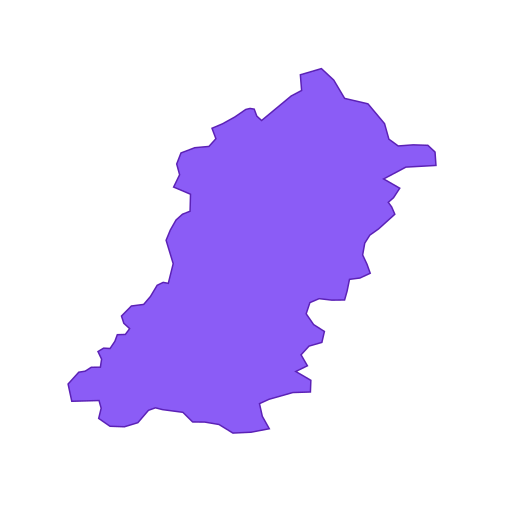 map outline of Shumen (Equal Earth projection), rotated 12°
{"feature_id": "BGR-2258", "entity_name": "Shumen", "entity_type": "Province", "adm_level": 1, "iso_a3": "BGR", "parent_name": "Bulgaria", "parent_adm1": "", "projection": "equal_earth", "projection_center": [26.96, 43.305], "detail": "fine", "context": "isolated", "style": "filled", "palette": "violet", "viewbox_px": 512, "rotation_deg": 12, "n_neighbors": 0, "source": "natural_earth", "source_scale": "10m", "svg_char_len": 1469}
<svg xmlns="http://www.w3.org/2000/svg" viewBox="0 0 512 512"><g transform="rotate(12 256 256)"><path d="M106.0,436.4L98.8,420.3L106.8,406.5L112.8,404.2L118.0,399.1L126.9,397.1L126.4,389.0L121.3,382.3L126.1,377.8L132.5,376.8L135.7,368.8L136.7,361.8L144.5,359.9L147.5,353.3L140.7,349.3L136.9,342.7L144.5,330.8L156.2,326.7L161.2,317.5L165.4,305.2L170.7,301.1L175.9,301.0L176.6,280.7L164.8,259.3L166.8,248.4L170.3,237.4L175.4,230.4L182.2,225.9L179.1,209.2L161.1,205.7L164.4,192.4L159.3,182.5L161.2,170.8L173.6,162.8L187.2,158.6L192.4,149.6L186.4,140.2L195.7,133.7L206.4,124.4L215.5,114.8L219.5,112.9L223.7,112.7L227.7,119.0L233.3,122.3L257.2,92.1L266.2,84.6L261.7,69.5L281.0,59.1L295.5,67.8L309.9,83.4L333.9,83.9L354.2,99.8L361.7,114.1L372.2,118.8L386.6,114.6L401.1,112.0L409.5,117.1L413.2,130.0L384.1,137.9L364.8,154.1L382.5,159.8L378.4,170.4L374.2,176.0L378.5,179.8L383.1,186.3L370.2,204.1L363.0,211.9L359.7,220.8L360.1,232.8L366.3,241.0L371.3,249.1L362.3,255.9L352.3,259.4L352.4,271.3L351.8,280.6L339.3,283.4L326.6,284.6L318.4,290.4L317.1,302.1L326.6,311.1L338.6,315.6L338.4,326.8L326.6,333.1L320.6,343.3L329.1,352.7L318.9,360.7L335.5,366.2L337.5,377.7L320.4,381.9L298.6,393.4L290.1,399.7L295.5,411.5L304.9,422.2L287.8,429.4L270.2,434.0L254.8,428.5L240.4,429.1L228.5,431.5L217.0,424.1L196.4,425.7L189.2,425.4L182.9,429.3L175.1,443.6L162.8,450.4L148.6,452.9L135.9,447.6L136.2,437.1L132.5,430.0L106.0,436.4Z" fill="#8b5cf6" stroke="#5b21b6" stroke-width="1.5"/></g></svg>